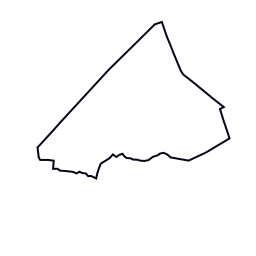 the district of Boca da Mata, Alagoas, Brazil, rotated 144°
{"feature_id": "56859067B28763804077147", "entity_name": "Boca da Mata", "entity_type": "district", "adm_level": 2, "iso_a3": "BRA", "parent_name": "Brazil", "parent_adm1": "Alagoas", "projection": "albers", "projection_center": [-36.155, -9.663], "detail": "fine", "context": "isolated", "style": "outline", "palette": "ink", "viewbox_px": 256, "rotation_deg": 144, "n_neighbors": 0, "source": "geoboundaries", "source_scale": "gbopen_adm2", "svg_char_len": 908}
<svg xmlns="http://www.w3.org/2000/svg" viewBox="0 0 256 256"><g transform="rotate(144 128 128)"><path d="M38.3,193.9L45.5,196.1L73.6,191.8L109.1,186.5L166.6,174.9L179.6,172.3L188.1,170.4L209.6,166.0L212.6,165.5L217.5,156.7L217.8,153.8L211.3,149.0L207.3,145.2L212.6,139.0L209.0,136.4L208.1,133.5L205.7,131.5L201.7,128.0L198.1,124.6L196.4,121.5L192.9,121.1L191.4,118.3L188.9,116.2L188.5,112.5L186.0,110.8L183.4,105.9L179.2,109.6L175.3,112.4L171.0,115.2L166.1,114.8L160.6,114.4L155.8,115.5L154.4,111.4L151.1,111.4L147.6,110.4L147.6,107.4L146.8,104.6L143.6,101.8L142.3,99.3L139.3,97.1L137.2,94.3L133.8,91.5L130.2,90.0L124.7,90.0L119.8,88.4L117.0,88.5L113.7,86.9L111.7,83.3L110.8,79.1L98.1,66.0L79.6,62.4L52.0,59.9L50.8,63.5L47.8,73.0L46.4,77.7L42.4,89.3L38.2,88.6L42.0,102.0L48.8,128.1L51.9,138.9L51.6,143.4L46.7,163.7L44.6,171.6L43.1,178.3L38.3,193.9Z" fill="none" stroke="#020617" stroke-width="2"/></g></svg>